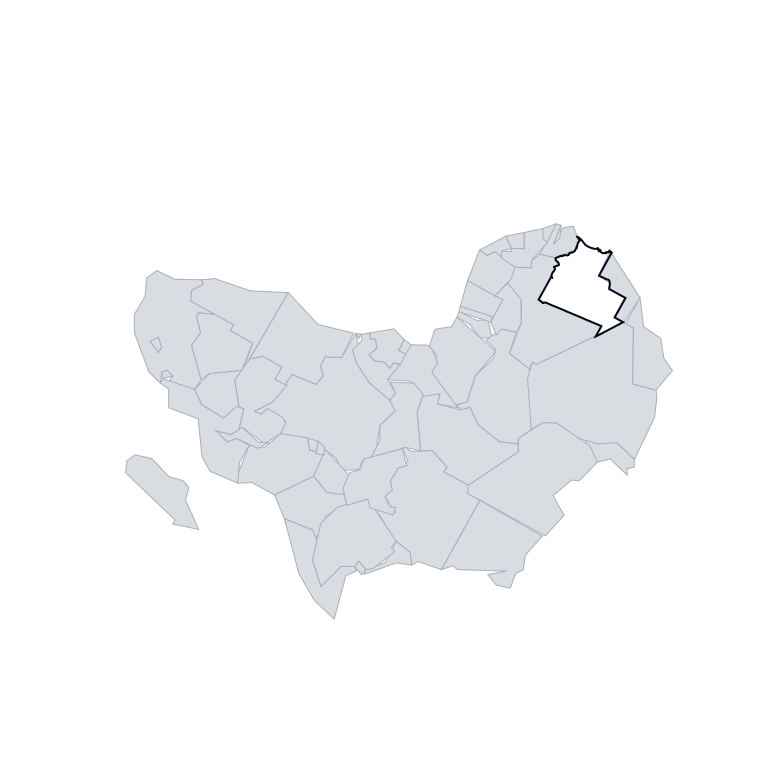 Mauritania on a map of Africa (Mercator projection), rotated 119°
{"feature_id": "MRT", "entity_name": "Mauritania", "entity_type": "country or territory", "adm_level": 0, "iso_a3": "MRT", "parent_name": "Africa", "parent_adm1": "", "projection": "mercator", "projection_center": [-11.622, 21.016], "detail": "fine", "context": "in_parent", "style": "outline", "palette": "ink", "viewbox_px": 768, "rotation_deg": 119, "n_neighbors": 49, "source": "natural_earth", "source_scale": "50m", "svg_char_len": 13983}
<svg xmlns="http://www.w3.org/2000/svg" viewBox="0 0 768 768"><g transform="rotate(119 384 384)"><path d="M498.7,400.9L534.2,425.9L534.1,451.5L541.6,463.9L536.3,467.9L503.1,472.1L497.6,457.8L477.6,450.5L470.1,438.3L468.2,424.7L477.7,417.0L475.4,402.2L498.7,400.9Z" fill="#d9dde1" stroke="#a8b0b8" stroke-width="1"/><path d="M214.0,204.0L214.0,215.3L192.0,214.9L192.2,233.8L186.0,234.4L185.6,248.6L158.0,250.9L184.4,201.9L214.0,204.0Z" fill="#d9dde1" stroke="#a8b0b8" stroke-width="1"/><path d="M468.2,424.7L477.6,450.5L464.2,451.8L461.8,474.0L470.1,476.6L470.6,484.0L453.7,472.7L420.2,469.1L417.3,443.4L406.4,441.1L399.2,448.2L388.9,448.7L381.2,433.9L353.5,433.3L363.0,424.7L369.6,427.8L379.1,418.2L390.0,397.4L396.0,366.5L402.2,360.9L421.9,367.6L443.6,359.4L455.1,359.5L462.1,365.9L470.7,363.8L480.5,379.8L471.8,390.6L468.2,424.7Z" fill="#d9dde1" stroke="#a8b0b8" stroke-width="1"/><path d="M550.1,405.8L546.1,375.9L553.7,366.2L572.7,361.1L591.6,340.9L564.1,332.9L556.6,323.5L560.5,317.4L570.3,324.4L613.8,313.6L606.8,340.4L591.3,366.3L550.1,405.8Z" fill="#d9dde1" stroke="#a8b0b8" stroke-width="1"/><path d="M534.2,425.9L498.7,400.9L506.3,381.8L499.4,366.1L508.1,357.7L526.9,370.5L551.9,368.3L546.1,375.9L550.1,405.8L534.2,425.9Z" fill="#d9dde1" stroke="#a8b0b8" stroke-width="1"/><path d="M436.3,339.4L431.2,336.4L428.9,334.5L429.5,326.8L418.7,309.7L426.0,288.4L431.8,288.9L431.5,258.0L439.2,258.0L439.2,243.7L518.5,243.7L522.7,267.9L528.9,272.2L518.5,279.5L514.6,303.0L501.1,323.1L499.2,336.3L491.0,312.0L481.7,328.7L472.6,325.4L465.7,331.4L450.9,331.0L439.7,325.5L431.8,336.7L436.3,339.4Z" fill="#d9dde1" stroke="#a8b0b8" stroke-width="1"/><path d="M431.4,261.0L431.8,288.9L426.0,288.4L418.7,309.7L424.9,319.6L392.2,341.6L374.2,344.8L365.4,330.4L375.5,327.5L369.6,304.6L362.6,297.5L374.0,281.8L378.4,255.3L371.4,237.5L378.1,233.5L431.4,261.0Z" fill="#d9dde1" stroke="#a8b0b8" stroke-width="1"/><path d="M381.3,594.1L384.5,590.3L395.5,597.7L405.1,593.2L405.1,565.6L411.7,580.9L416.5,580.1L427.9,569.3L443.7,570.9L468.8,546.1L480.6,547.2L485.5,562.7L484.9,573.5L479.6,572.7L477.2,580.3L481.2,584.3L491.6,580.2L487.4,595.4L460.7,626.7L444.4,636.1L423.0,635.5L406.3,643.0L394.9,637.6L393.9,617.9L381.3,594.1ZM465.8,597.0L459.8,596.2L452.6,604.0L460.0,609.2L465.8,597.0Z" fill="#d9dde1" stroke="#a8b0b8" stroke-width="1"/><path d="M465.8,597.0L460.0,609.2L452.6,604.0L459.8,596.2L465.8,597.0Z" fill="#d9dde1" stroke="#a8b0b8" stroke-width="1"/><path d="M480.6,547.2L459.4,541.7L441.0,515.1L452.9,516.5L474.5,499.5L491.7,507.9L490.4,533.3L480.6,547.2Z" fill="#d9dde1" stroke="#a8b0b8" stroke-width="1"/><path d="M468.8,546.1L443.7,570.9L427.9,569.3L416.5,580.1L411.7,580.9L405.1,565.6L405.1,544.3L411.7,544.1L411.9,518.7L441.0,515.1L459.4,541.7L468.8,546.1Z" fill="#d9dde1" stroke="#a8b0b8" stroke-width="1"/><path d="M405.1,544.3L405.1,593.2L395.5,597.7L384.5,590.3L381.3,594.1L373.8,582.9L367.4,546.2L350.5,512.0L439.7,514.0L411.9,518.7L411.7,544.1L405.1,544.3Z" fill="#d9dde1" stroke="#a8b0b8" stroke-width="1"/><path d="M160.3,302.8L154.2,295.0L164.3,283.0L174.6,282.0L190.7,295.8L195.1,310.7L160.5,311.1L159.5,305.9L179.5,303.4L160.3,302.8Z" fill="#d9dde1" stroke="#a8b0b8" stroke-width="1"/><path d="M195.1,310.7L190.7,295.8L194.1,290.4L235.0,289.6L228.9,222.2L239.1,222.0L293.1,260.2L293.2,264.7L300.6,264.0L296.4,289.2L264.9,293.3L245.3,303.6L235.9,324.8L218.4,326.0L211.0,311.6L204.1,314.8L195.1,310.7Z" fill="#d9dde1" stroke="#a8b0b8" stroke-width="1"/><path d="M290.1,352.6L284.5,353.4L283.2,333.3L277.2,324.2L291.1,312.1L297.4,322.4L290.3,337.5L290.1,352.6Z" fill="#d9dde1" stroke="#a8b0b8" stroke-width="1"/><path d="M371.4,237.5L378.4,255.3L374.0,281.8L362.6,297.5L369.6,304.6L366.9,310.4L359.5,302.8L332.3,308.1L308.4,300.9L299.5,303.2L296.2,316.1L278.9,307.9L274.6,293.6L296.4,289.2L300.6,264.0L352.3,233.1L366.6,240.2L371.4,237.5Z" fill="#d9dde1" stroke="#a8b0b8" stroke-width="1"/><path d="M290.1,352.6L301.3,301.8L332.3,308.1L359.5,302.8L369.5,313.2L350.6,347.8L333.8,351.4L328.9,362.6L311.5,366.0L301.0,352.6L290.1,352.6Z" fill="#d9dde1" stroke="#a8b0b8" stroke-width="1"/><path d="M369.0,307.9L375.5,327.5L365.4,330.4L375.3,343.0L368.9,362.9L378.6,383.0L336.6,379.3L328.8,364.5L330.6,357.9L339.7,347.4L350.6,347.8L369.0,307.9Z" fill="#d9dde1" stroke="#a8b0b8" stroke-width="1"/><path d="M278.1,320.6L284.5,353.4L279.1,354.9L271.7,322.6L278.1,320.6Z" fill="#d9dde1" stroke="#a8b0b8" stroke-width="1"/><path d="M272.2,320.4L279.1,354.9L253.0,361.1L252.4,320.8L272.2,320.4Z" fill="#d9dde1" stroke="#a8b0b8" stroke-width="1"/><path d="M218.4,326.0L230.6,323.8L253.2,329.8L253.0,361.1L220.5,365.4L221.4,356.3L214.5,351.2L218.4,326.0Z" fill="#d9dde1" stroke="#a8b0b8" stroke-width="1"/><path d="M180.5,309.7L204.1,314.8L211.0,311.6L218.4,326.0L216.7,343.0L210.5,345.5L206.8,337.3L201.8,338.5L197.7,327.1L183.5,334.8L170.9,320.3L180.5,309.7Z" fill="#d9dde1" stroke="#a8b0b8" stroke-width="1"/><path d="M160.5,311.1L180.5,309.7L180.2,315.0L170.9,320.3L160.5,311.1Z" fill="#d9dde1" stroke="#a8b0b8" stroke-width="1"/><path d="M215.6,343.0L214.5,351.2L221.4,356.3L220.5,365.4L195.6,349.1L203.7,338.2L210.5,345.5L215.6,343.0Z" fill="#d9dde1" stroke="#a8b0b8" stroke-width="1"/><path d="M183.5,334.8L197.7,327.1L203.7,338.2L195.6,349.1L183.5,334.8Z" fill="#d9dde1" stroke="#a8b0b8" stroke-width="1"/><path d="M235.9,324.8L243.4,305.3L264.9,293.3L274.6,293.6L278.9,307.9L286.6,309.5L278.1,320.6L252.4,320.8L253.2,329.8L235.9,324.8Z" fill="#d9dde1" stroke="#a8b0b8" stroke-width="1"/><path d="M455.1,359.5L435.3,360.4L421.9,367.6L402.2,360.9L395.4,371.1L386.6,369.6L379.1,379.4L368.7,358.1L374.2,344.8L392.2,341.6L424.9,319.6L428.9,334.5L455.1,359.5Z" fill="#d9dde1" stroke="#a8b0b8" stroke-width="1"/><path d="M395.4,371.1L390.0,397.4L379.1,418.2L369.6,427.8L356.4,424.3L351.7,428.3L346.2,421.2L351.3,417.5L348.8,413.1L356.1,407.6L365.6,411.1L368.5,403.5L364.6,394.3L367.5,386.6L360.9,385.8L359.5,379.4L378.6,383.0L386.6,369.6L395.4,371.1Z" fill="#d9dde1" stroke="#a8b0b8" stroke-width="1"/><path d="M347.4,379.4L358.6,379.0L360.9,385.8L367.5,386.6L364.6,394.3L368.5,403.5L365.6,411.1L356.1,407.6L348.8,413.1L351.3,417.5L346.2,421.2L330.9,402.0L335.5,387.8L347.5,387.5L347.4,379.4Z" fill="#d9dde1" stroke="#a8b0b8" stroke-width="1"/><path d="M336.6,379.3L347.4,379.4L347.5,387.5L335.5,387.8L336.6,379.3Z" fill="#d9dde1" stroke="#a8b0b8" stroke-width="1"/><path d="M477.6,450.5L494.2,459.6L490.6,487.1L494.1,488.9L473.8,494.6L474.5,499.5L452.9,516.5L427.3,513.6L418.4,503.5L418.7,481.5L432.6,481.6L431.9,468.1L453.7,472.7L470.6,484.0L470.1,476.6L461.8,474.0L462.3,456.1L466.0,451.0L477.6,450.5Z" fill="#d9dde1" stroke="#a8b0b8" stroke-width="1"/><path d="M491.1,456.6L501.3,462.9L503.1,486.2L510.7,493.3L506.3,508.5L502.5,493.3L490.6,487.1L495.9,465.3L491.1,456.6Z" fill="#d9dde1" stroke="#a8b0b8" stroke-width="1"/><path d="M503.1,472.1L522.6,472.4L541.6,463.9L544.7,493.9L535.8,508.0L504.6,529.6L509.1,560.8L492.8,569.9L491.6,580.2L486.5,580.2L480.6,547.2L490.4,533.3L491.7,507.9L474.9,502.1L473.8,494.6L494.1,488.9L502.5,493.3L506.3,508.5L510.7,493.3L503.1,486.2L503.1,472.1Z" fill="#d9dde1" stroke="#a8b0b8" stroke-width="1"/><path d="M486.5,580.2L481.2,584.3L477.2,580.3L479.6,572.7L486.5,580.2Z" fill="#d9dde1" stroke="#a8b0b8" stroke-width="1"/><path d="M351.7,428.3L356.5,428.0L353.5,433.3L351.7,428.3ZM354.4,435.4L381.2,433.9L388.9,448.7L399.2,448.2L406.4,441.1L417.3,443.4L420.2,469.1L432.6,470.2L432.6,481.6L418.7,481.5L418.4,503.5L427.3,513.6L350.5,512.0L363.9,470.6L354.4,435.4Z" fill="#d9dde1" stroke="#a8b0b8" stroke-width="1"/><path d="M475.8,410.7L477.7,417.0L468.2,424.7L466.1,413.6L475.8,410.7Z" fill="#d9dde1" stroke="#a8b0b8" stroke-width="1"/><path d="M601.0,475.7L608.9,500.9L604.2,500.9L586.9,566.9L575.7,571.7L566.5,567.2L561.9,551.0L569.3,527.1L566.0,512.8L569.2,504.5L581.7,501.4L601.0,475.7Z" fill="#d9dde1" stroke="#a8b0b8" stroke-width="1"/><path d="M159.5,305.9L171.2,300.9L179.5,303.4L159.5,305.9Z" fill="#d9dde1" stroke="#a8b0b8" stroke-width="1"/><path d="M335.5,181.8L322.4,151.8L328.4,128.4L335.6,125.0L340.1,130.3L345.8,127.2L339.9,149.9L348.9,159.5L335.5,181.8Z" fill="#d9dde1" stroke="#a8b0b8" stroke-width="1"/><path d="M214.0,204.0L214.1,193.0L263.3,166.5L257.5,143.1L264.0,138.6L281.9,131.2L328.4,128.4L322.4,151.8L332.6,167.7L337.6,188.6L334.4,213.7L340.9,226.4L352.3,233.1L310.0,260.9L293.2,264.7L293.1,260.2L214.0,204.0Z" fill="#d9dde1" stroke="#a8b0b8" stroke-width="1"/><path d="M515.6,297.1L518.5,279.5L528.9,272.2L534.6,286.7L560.1,309.0L555.2,310.0L539.7,296.4L515.6,297.1Z" fill="#d9dde1" stroke="#a8b0b8" stroke-width="1"/><path d="M184.4,201.9L208.1,184.7L209.9,164.1L225.8,151.7L232.4,138.2L257.5,143.1L263.3,166.5L214.1,193.0L214.1,201.9L184.4,201.9Z" fill="#d9dde1" stroke="#a8b0b8" stroke-width="1"/><path d="M518.5,243.7L439.2,243.7L440.3,171.9L465.4,177.4L479.2,172.0L485.7,176.9L501.2,174.7L505.5,188.0L500.4,200.8L488.2,186.0L510.7,229.7L509.6,235.7L518.5,243.7Z" fill="#d9dde1" stroke="#a8b0b8" stroke-width="1"/><path d="M438.7,169.3L439.2,258.0L431.4,261.0L378.1,233.5L366.6,240.2L340.9,226.4L334.4,213.7L338.6,173.4L348.9,159.5L374.0,166.4L377.1,173.4L399.7,182.1L411.5,162.9L438.7,169.3Z" fill="#d9dde1" stroke="#a8b0b8" stroke-width="1"/><path d="M591.6,340.9L572.7,361.1L536.6,371.7L513.8,364.8L492.4,342.4L515.6,297.1L523.4,298.5L525.5,293.4L550.2,303.8L555.2,310.0L551.2,320.2L558.1,321.1L564.1,332.9L591.6,340.9Z" fill="#d9dde1" stroke="#a8b0b8" stroke-width="1"/><path d="M555.2,310.0L561.7,311.1L558.1,321.1L551.2,320.2L555.2,310.0Z" fill="#d9dde1" stroke="#a8b0b8" stroke-width="1"/><path d="M498.7,400.9L469.8,403.5L481.0,369.3L499.4,366.1L502.6,370.8L506.3,381.8L498.7,400.9Z" fill="#d9dde1" stroke="#a8b0b8" stroke-width="1"/><path d="M475.4,402.2L477.7,409.9L466.1,413.6L467.9,405.4L475.4,402.2Z" fill="#d9dde1" stroke="#a8b0b8" stroke-width="1"/><path d="M478.2,371.1L470.7,363.8L459.1,365.1L431.8,336.7L444.5,324.6L450.9,331.0L465.7,331.4L472.6,325.4L481.7,328.7L488.7,320.0L486.5,313.9L494.1,312.5L499.2,336.3L492.4,342.4L508.1,357.7L495.3,369.2L478.2,371.1Z" fill="#d9dde1" stroke="#a8b0b8" stroke-width="1"/><path d="M189.9,294.4L189.1,293.9L188.7,293.3L188.2,292.8L187.4,292.5L186.9,292.2L186.7,291.8L186.4,291.6L186.1,291.4L186.1,291.1L186.1,290.8L185.6,290.0L185.2,289.6L184.8,289.7L184.6,289.6L184.5,289.4L184.4,289.1L184.2,288.9L183.8,288.8L183.4,288.3L183.2,287.2L182.8,286.4L182.4,285.8L182.1,285.5L181.9,285.5L181.8,285.4L181.7,285.2L181.4,285.2L181.0,285.4L180.6,285.3L180.4,285.0L180.1,285.0L179.7,285.2L179.3,285.1L178.9,284.8L178.7,284.4L178.6,284.0L177.9,283.3L176.4,282.1L174.9,281.6L173.2,281.7L172.2,281.6L172.0,281.4L171.8,281.5L171.6,281.7L171.4,281.7L171.2,281.6L171.0,282.0L170.4,282.1L169.2,282.1L168.3,282.3L167.6,282.6L166.6,282.8L165.4,282.7L164.6,282.6L164.3,282.4L164.0,282.4L163.5,282.5L163.1,283.0L162.7,284.0L162.4,284.6L162.1,284.8L161.9,285.5L161.7,286.7L161.5,287.3L161.5,284.2L161.9,283.0L162.0,282.0L162.8,279.7L163.7,277.9L164.6,275.4L164.9,273.0L164.8,270.6L164.5,268.5L164.1,267.1L163.7,265.1L163.0,264.1L161.9,263.1L161.6,262.6L161.9,262.4L162.6,262.2L163.0,261.5L162.1,261.8L163.2,259.6L163.5,258.0L163.5,257.0L163.7,256.4L162.8,255.1L162.2,253.4L161.9,253.1L161.5,253.0L161.5,253.4L161.3,253.7L160.9,253.5L160.2,252.3L159.2,250.3L158.9,250.1L158.6,250.4L158.4,250.6L158.1,252.3L158.0,251.6L158.1,250.9L158.4,249.9L158.6,248.5L159.5,248.5L161.0,248.5L162.6,248.5L164.1,248.5L165.6,248.5L167.2,248.5L168.7,248.5L170.2,248.5L171.8,248.5L173.3,248.5L174.8,248.5L176.4,248.5L177.9,248.5L179.4,248.5L181.0,248.5L182.5,248.5L184.0,248.5L185.0,248.5L185.0,247.6L184.9,246.8L184.9,245.8L184.8,244.8L184.7,243.8L184.7,242.8L184.6,241.8L184.6,241.0L184.5,240.1L184.4,239.7L184.1,238.7L184.0,238.3L184.1,237.8L184.3,237.3L184.9,236.5L185.8,235.8L186.9,235.1L187.7,234.5L188.1,234.4L189.3,234.2L190.3,233.7L191.3,233.3L191.7,233.1L191.7,232.3L191.7,231.4L191.7,230.4L191.7,229.4L191.7,228.4L191.7,227.4L191.7,226.4L191.7,225.4L191.7,224.4L191.7,223.4L191.7,222.4L191.7,221.4L191.7,220.4L191.7,219.4L191.7,218.4L191.7,217.4L191.7,216.4L191.7,215.4L191.7,214.5L192.7,214.5L194.0,214.5L195.2,214.5L196.5,214.5L197.7,214.5L198.9,214.5L200.2,214.5L201.4,214.5L202.7,214.5L203.9,214.5L205.2,214.5L206.4,214.5L207.7,214.5L208.9,214.5L210.2,214.5L211.4,214.5L212.6,214.5L214.0,214.5L214.0,213.6L214.0,212.4L214.0,210.7L214.0,209.0L214.0,207.6L214.0,206.1L214.0,204.8L215.3,205.7L216.5,206.5L217.8,207.3L219.0,208.1L220.3,209.0L221.5,209.8L222.8,210.6L224.1,211.4L225.3,212.3L226.6,213.1L227.8,213.9L229.1,214.7L230.3,215.6L231.6,216.4L232.9,217.2L234.1,218.0L235.2,218.7L236.8,219.8L238.3,220.8L239.8,221.9L237.5,221.9L234.3,221.9L232.2,221.9L230.0,221.9L228.0,221.9L228.1,223.6L228.3,225.4L228.5,227.2L228.7,229.0L228.9,230.9L229.1,232.7L229.3,234.5L229.5,236.3L229.7,238.1L229.9,239.9L230.0,241.7L230.2,243.5L230.4,245.3L230.6,247.1L230.8,248.9L231.0,250.6L231.2,252.4L231.4,254.2L231.6,256.0L231.8,257.7L232.0,259.5L232.1,261.3L232.3,263.0L232.5,264.8L232.7,266.6L232.9,268.3L233.1,270.1L233.3,271.8L233.5,273.6L233.7,275.3L233.9,277.1L234.0,278.8L234.2,280.5L234.4,282.2L235.2,283.1L236.2,284.2L235.9,285.8L235.6,287.6L235.2,289.7L233.8,289.7L232.4,289.7L231.1,289.7L229.7,289.7L228.3,289.7L227.0,289.7L225.6,289.7L224.2,289.7L222.9,289.7L221.5,289.7L220.1,289.7L218.8,289.7L217.4,289.7L216.1,289.7L214.7,289.7L213.3,289.7L212.0,289.7L210.7,289.7L209.9,289.6L209.6,289.5L209.5,288.4L209.3,288.5L209.0,288.8L208.9,289.1L208.9,289.6L208.9,289.9L208.0,290.1L206.8,290.3L205.6,290.5L204.3,290.5L203.9,290.4L203.4,290.2L202.4,290.1L201.9,290.1L201.3,290.1L200.5,290.2L200.3,290.4L199.7,291.2L199.2,292.1L198.9,292.1L198.5,291.6L197.4,290.6L196.1,289.4L195.5,288.8L195.1,288.7L194.5,289.1L194.0,289.6L193.4,290.2L193.2,290.7L193.0,291.4L192.9,292.2L192.7,293.1L192.2,293.9L191.7,294.5L191.3,294.7L191.1,294.9L189.9,294.4ZM162.6,260.1L162.2,260.8L162.0,260.6L161.9,260.1L162.3,259.5L162.4,259.1L162.8,259.0L162.6,260.1Z" fill="none" stroke="#020617" stroke-width="2"/></g></svg>